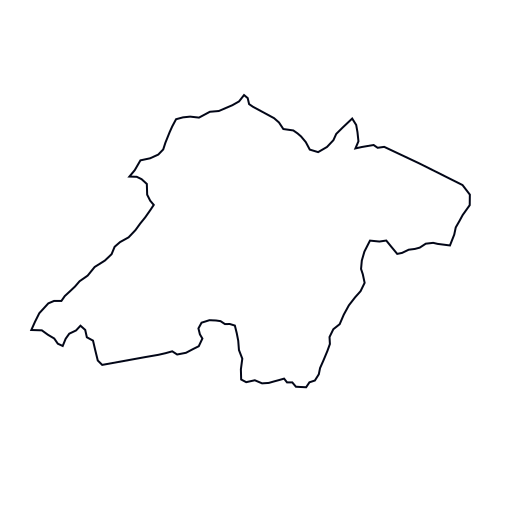 outline of Rio das Pedras, São Paulo, Brazil, rotated 206°
{"feature_id": "56859067B32599157784943", "entity_name": "Rio das Pedras", "entity_type": "district", "adm_level": 2, "iso_a3": "BRA", "parent_name": "Brazil", "parent_adm1": "São Paulo", "projection": "equal_earth", "projection_center": [-47.595, -22.845], "detail": "fine", "context": "isolated", "style": "outline", "palette": "ink", "viewbox_px": 512, "rotation_deg": 206, "n_neighbors": 0, "source": "geoboundaries", "source_scale": "gbopen_adm2", "svg_char_len": 2104}
<svg xmlns="http://www.w3.org/2000/svg" viewBox="0 0 512 512"><g transform="rotate(206 256 256)"><path d="M404.6,271.9L397.9,274.9L392.5,274.9L385.7,272.9L380.7,263.4L375.3,259.3L370.3,257.1L371.1,251.1L372.5,242.2L374.3,234.4L375.7,226.4L378.7,216.9L384.3,208.9L387.1,202.3L386.6,194.3L389.8,185.7L396.2,175.4L398.7,164.6L403.5,156.0L405.3,149.2L407.6,143.1L410.3,136.2L411.2,130.3L417.8,127.1L421.9,122.4L425.7,109.6L425.8,99.9L425.5,91.0L415.9,95.3L408.5,94.0L401.2,93.4L395.7,90.3L390.3,90.4L390.8,98.2L389.8,104.3L385.1,110.2L383.2,116.4L377.1,114.7L372.4,108.8L365.4,108.5L359.8,101.6L352.4,92.7L346.5,90.7L311.5,116.4L300.4,124.4L294.7,129.0L289.5,133.6L283.7,132.9L276.5,138.3L271.9,144.6L267.9,149.8L268.0,158.3L272.1,161.0L276.0,165.7L275.7,172.2L269.7,177.9L263.7,180.5L259.3,181.9L254.1,181.2L249.7,183.4L244.5,184.2L239.4,178.1L234.8,172.0L230.1,164.0L223.3,157.7L219.9,147.5L215.2,138.5L209.5,138.3L202.6,143.8L194.7,144.2L188.9,147.5L184.9,151.1L181.0,154.5L177.0,158.1L172.7,156.0L168.0,158.3L162.8,156.0L158.3,157.9L153.4,160.0L152.6,165.9L148.5,169.9L147.7,177.2L149.3,183.4L149.6,191.6L150.2,201.9L151.0,209.3L154.4,215.4L154.4,224.1L150.9,231.4L151.4,241.8L150.9,252.4L148.8,262.4L146.6,270.2L146.6,279.5L152.0,286.4L155.9,290.4L158.9,298.3L160.5,307.5L160.3,319.8L151.4,323.1L145.7,327.0L138.6,323.7L134.4,321.8L130.0,319.8L126.1,322.8L121.5,328.6L116.3,332.0L112.5,335.3L108.8,341.5L102.5,345.5L98.1,346.5L86.3,350.5L87.2,362.1L89.0,369.3L88.5,376.5L88.2,383.5L86.2,395.4L90.7,404.9L101.5,410.3L150.3,410.8L188.6,410.3L194.1,406.6L199.0,407.3L208.6,400.4L213.8,396.3L214.2,404.0L219.1,411.8L223.4,417.7L229.8,421.7L234.4,409.5L237.4,400.9L237.2,394.0L240.0,385.1L245.7,376.6L254.3,375.2L261.2,380.2L267.9,383.2L272.4,384.4L277.5,385.2L287.1,382.1L293.9,386.1L300.2,387.8L324.3,388.8L328.8,389.5L332.7,394.3L337.3,395.4L339.0,387.5L343.4,381.1L353.0,370.0L360.7,365.4L367.9,355.4L376.3,352.4L382.4,348.6L387.8,343.9L388.1,335.7L387.9,329.4L387.1,318.2L386.1,311.1L388.3,304.3L394.0,297.4L401.8,291.3L402.6,280.1L404.6,271.9Z" fill="none" stroke="#020617" stroke-width="2"/></g></svg>